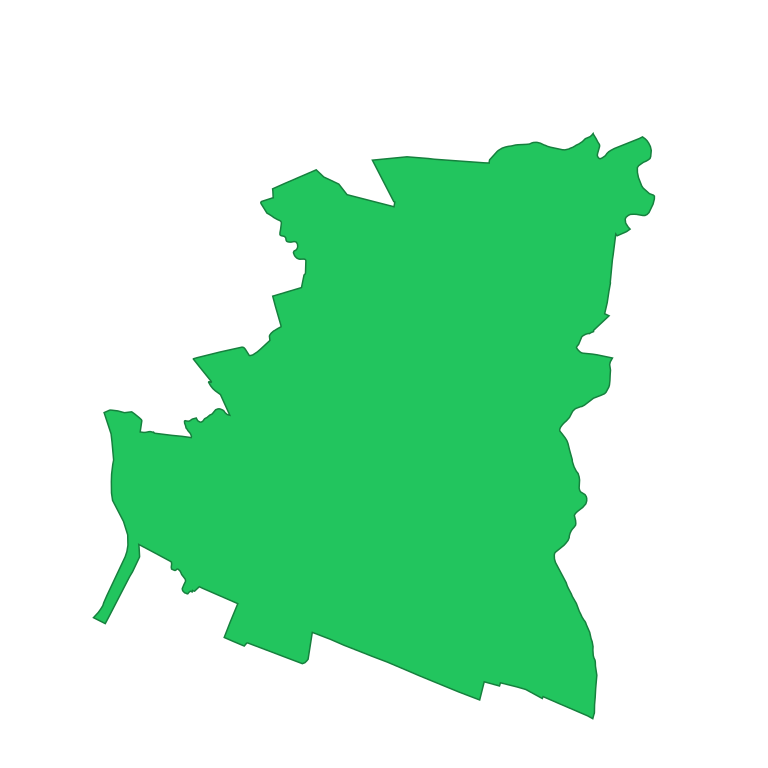 Bucovat, Timis, Romania (Equal Earth projection), rotated 101°
{"feature_id": "2599482B31690404831196", "entity_name": "Bucovat", "entity_type": "district", "adm_level": 2, "iso_a3": "ROU", "parent_name": "Romania", "parent_adm1": "Timis", "projection": "equal_earth", "projection_center": [21.395, 45.749], "detail": "fine", "context": "isolated", "style": "filled", "palette": "green", "viewbox_px": 768, "rotation_deg": 101, "n_neighbors": 0, "source": "geoboundaries", "source_scale": "gbopen_adm2", "svg_char_len": 6152}
<svg xmlns="http://www.w3.org/2000/svg" viewBox="0 0 768 768"><g transform="rotate(101 384 384)"><path d="M668.8,624.6L672.4,611.9L665.2,609.7L621.5,596.9L616.3,595.0L600.7,591.0L600.0,591.0L591.3,593.2L588.3,594.1L591.7,582.8L598.8,559.9L599.4,558.7L601.3,558.1L604.4,557.9L606.2,557.2L606.9,554.2L606.9,553.5L606.4,552.8L605.4,552.1L605.1,551.6L605.0,551.0L606.2,548.9L607.5,547.7L609.6,546.3L613.5,541.9L614.6,541.4L615.8,541.2L619.0,542.1L623.3,543.0L624.3,542.7L625.4,542.1L627.0,539.9L627.2,538.2L627.5,537.4L627.4,536.6L625.7,535.7L624.5,534.7L624.3,534.3L624.4,533.8L624.7,532.7L623.2,532.6L623.5,531.6L623.5,530.4L618.2,526.6L619.0,523.7L627.5,485.6L647.3,489.6L663.3,492.5L665.5,482.6L667.9,471.2L665.2,469.7L664.3,469.0L664.2,468.3L674.1,410.8L672.7,408.5L670.7,407.1L668.7,406.0L641.5,407.0L644.8,388.1L648.1,373.3L653.6,343.6L656.4,327.4L663.8,292.9L672.1,251.5L675.9,229.8L657.2,228.8L658.4,213.0L655.1,212.7L656.0,195.5L656.8,186.6L662.5,168.6L660.5,168.2L664.5,150.3L670.9,120.8L672.7,115.2L668.2,114.9L667.2,114.7L666.1,114.8L658.7,116.1L651.3,116.9L642.6,118.1L629.3,119.5L620.6,122.6L616.7,123.5L614.8,124.2L612.8,125.7L610.5,126.8L605.3,128.2L601.9,128.7L597.2,130.5L594.3,132.2L588.5,134.7L581.7,139.4L579.8,140.5L578.6,141.5L577.5,142.8L574.9,145.2L572.2,147.1L569.9,148.9L562.7,153.3L556.6,158.6L554.3,160.1L549.3,164.1L547.2,165.6L544.2,167.3L526.5,181.6L523.2,183.3L519.5,184.2L517.7,184.2L516.5,183.7L507.9,176.5L505.6,175.1L502.4,173.5L499.6,172.9L497.8,173.1L495.1,172.9L492.4,172.2L490.7,171.5L488.0,169.9L486.0,169.0L484.3,169.1L481.4,169.9L476.6,172.1L474.6,171.4L472.4,169.9L469.7,167.6L467.3,165.4L463.1,163.0L460.0,162.7L457.5,163.2L455.9,164.0L454.2,165.6L452.4,170.4L451.1,171.6L448.9,172.6L440.9,173.7L438.0,174.7L434.8,176.4L432.9,178.6L429.1,181.6L424.4,184.2L422.1,184.9L413.3,189.3L407.4,192.0L404.8,193.6L402.4,195.8L398.9,199.7L396.6,202.5L394.8,202.9L392.6,202.4L389.9,201.1L387.4,199.5L385.5,198.0L381.5,195.6L374.8,193.6L372.7,192.2L371.6,191.3L368.8,186.8L368.3,185.4L366.4,183.1L358.0,175.7L353.8,169.0L351.5,165.7L349.8,164.5L344.1,162.7L342.0,162.5L337.4,162.9L332.2,163.7L327.2,164.3L321.9,166.2L319.1,166.1L314.9,164.7L314.7,180.3L314.9,185.3L315.8,194.7L315.7,195.8L315.5,196.7L314.9,198.0L313.9,199.5L313.1,200.6L311.6,202.0L310.5,201.9L307.9,200.5L300.0,198.9L299.0,198.2L297.3,196.3L296.2,194.7L295.7,193.6L295.4,192.8L295.4,192.1L293.9,190.4L292.6,188.3L291.3,188.5L274.1,176.1L272.9,180.8L261.6,180.4L249.8,180.9L241.5,181.0L241.0,181.3L218.4,183.5L213.5,183.7L192.5,185.1L194.0,183.4L188.1,174.9L185.0,172.0L183.4,174.2L179.9,177.5L176.1,178.7L174.1,178.2L171.9,176.4L170.5,174.5L169.8,171.7L169.3,168.8L169.2,162.1L168.8,160.0L167.5,158.2L165.2,156.6L156.1,154.2L150.8,153.9L148.0,154.4L147.2,155.5L146.5,159.8L142.2,167.0L140.4,168.8L132.8,173.6L128.0,175.6L123.3,176.6L121.1,175.7L119.3,174.0L116.8,171.6L115.3,169.3L113.5,167.3L111.9,165.9L109.8,165.6L103.8,166.2L100.1,167.8L97.2,170.0L95.0,172.2L93.5,174.4L92.1,177.4L94.3,180.2L108.8,202.7L111.3,205.8L113.1,207.7L115.1,209.1L117.7,210.3L119.6,212.1L120.7,213.3L121.6,214.8L121.6,215.6L121.0,216.7L119.9,217.7L118.8,218.3L116.6,218.3L110.0,217.7L108.9,217.8L107.7,218.3L105.9,220.1L102.6,222.7L98.8,226.2L98.2,226.5L100.1,227.5L101.9,228.9L104.8,233.2L108.2,235.5L111.1,238.4L112.9,240.9L114.0,242.0L115.6,243.8L117.1,246.3L118.0,247.3L119.7,251.2L120.0,253.6L119.8,265.8L119.5,269.0L119.0,270.9L118.8,272.6L117.8,276.3L117.6,279.3L117.7,280.6L118.4,283.4L119.1,284.8L120.7,287.0L121.6,290.0L123.6,298.2L123.9,299.2L124.3,300.5L126.1,304.5L127.0,307.3L128.2,310.0L129.9,313.0L132.8,316.2L134.0,317.2L143.8,323.1L146.0,323.1L147.0,322.9L147.7,327.3L153.8,377.8L154.2,383.6L156.6,404.8L166.5,438.1L203.1,409.2L203.3,408.1L208.1,408.0L205.2,456.4L196.4,466.5L192.3,482.6L186.7,491.4L205.7,519.2L213.7,530.6L215.8,529.9L221.2,528.6L222.3,528.2L222.8,529.3L228.1,538.9L229.1,539.6L230.3,539.2L238.6,531.5L239.3,529.3L240.7,525.8L241.6,524.0L242.9,520.0L243.5,517.3L243.9,516.5L244.7,515.8L245.3,515.5L247.5,515.3L252.4,515.0L255.1,515.0L257.0,514.7L257.6,514.3L258.0,513.3L258.1,510.2L258.5,509.3L259.3,508.4L260.1,508.0L261.2,507.7L262.0,507.2L262.4,506.8L262.7,506.1L262.8,505.1L262.7,503.8L262.5,502.4L261.3,499.4L261.3,497.8L261.6,497.1L262.6,496.1L263.3,495.6L264.3,495.3L265.7,494.9L267.1,495.0L267.7,495.1L269.5,496.1L270.3,497.3L270.8,497.7L272.1,498.0L272.9,497.7L274.9,496.4L275.8,495.5L277.0,493.7L277.5,492.0L277.6,490.7L276.6,486.2L276.8,485.1L277.2,484.6L277.9,484.2L289.7,482.3L290.8,482.3L292.3,483.3L305.1,483.4L319.0,510.0L328.3,505.5L345.5,496.7L346.6,496.2L347.5,496.0L349.6,498.6L353.2,502.6L355.7,504.5L357.9,505.5L358.9,505.6L363.0,504.3L373.4,511.9L376.7,514.5L380.6,518.5L381.7,521.0L381.7,521.7L376.2,526.9L375.1,528.4L374.9,529.1L374.9,530.4L383.8,550.9L393.8,572.4L395.6,575.9L395.9,575.9L402.0,568.8L414.5,554.0L414.9,553.8L415.2,553.9L415.4,554.1L415.4,554.9L415.1,555.7L415.2,556.2L415.4,556.5L415.8,556.5L418.8,553.9L421.2,551.1L422.9,548.3L425.6,542.5L444.1,529.4L444.0,531.4L443.7,532.5L442.5,534.5L440.9,536.1L440.3,537.4L439.8,539.8L439.8,541.0L440.1,542.2L441.3,544.2L442.0,544.7L445.7,546.7L446.3,547.1L446.9,547.8L447.7,549.0L450.7,551.4L451.2,552.1L452.2,553.3L452.8,553.7L454.6,554.5L455.3,555.0L456.4,556.3L456.5,557.1L455.9,559.2L455.4,560.0L454.3,561.0L453.2,561.8L454.8,565.1L455.3,565.8L457.3,567.7L457.5,568.1L457.8,568.8L457.9,569.5L458.0,571.1L457.9,571.9L458.1,572.4L458.4,572.7L458.9,572.7L460.6,572.2L462.5,571.0L464.7,570.0L465.3,569.6L465.8,568.8L467.3,567.5L469.3,564.9L470.4,564.0L472.2,563.0L473.4,563.0L473.9,572.2L474.9,582.5L476.1,599.9L475.2,601.0L475.6,601.4L475.4,602.1L475.3,604.2L475.6,605.5L476.9,608.6L477.4,610.6L477.6,614.2L466.4,614.7L465.9,614.9L465.3,615.4L463.9,617.6L460.9,623.2L459.6,626.0L459.5,626.5L461.7,633.3L461.2,640.1L461.6,645.9L461.8,647.5L462.0,648.3L465.5,653.3L485.0,642.4L492.9,639.9L510.2,634.9L514.8,634.9L524.4,634.2L531.9,633.0L543.0,630.7L550.1,628.2L568.6,613.5L581.0,606.8L591.1,604.6L597.5,604.4L603.0,605.1L644.7,615.7L652.3,617.4L655.2,617.7L659.1,619.2L662.8,620.9L668.8,624.6Z" fill="#22c55e" stroke="#15803d" stroke-width="1.5"/></g></svg>